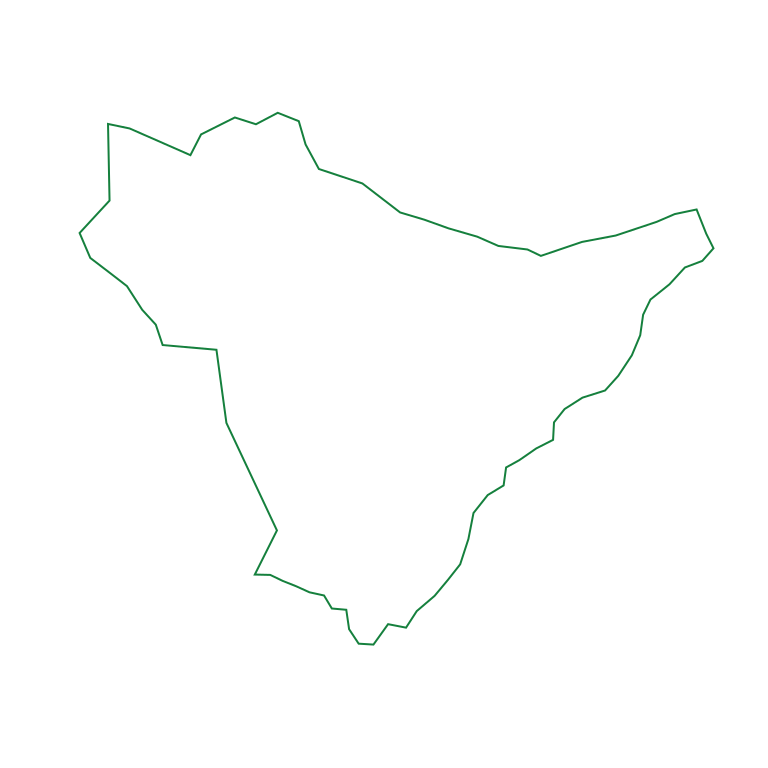 the district of Juripiranga, Paraíba, Brazil, rotated 185°
{"feature_id": "56859067B44866664543789", "entity_name": "Juripiranga", "entity_type": "district", "adm_level": 2, "iso_a3": "BRA", "parent_name": "Brazil", "parent_adm1": "Paraíba", "projection": "robinson", "projection_center": [-35.224, -7.348], "detail": "fine", "context": "isolated", "style": "outline", "palette": "green", "viewbox_px": 768, "rotation_deg": 185, "n_neighbors": 0, "source": "geoboundaries", "source_scale": "gbopen_adm2", "svg_char_len": 1048}
<svg xmlns="http://www.w3.org/2000/svg" viewBox="0 0 768 768"><g transform="rotate(185 384 384)"><path d="M87.8,585.1L109.2,578.6L126.5,569.3L166.1,552.1L199.1,542.8L238.9,525.3L252.8,530.5L282.1,531.5L304.0,538.9L333.4,544.7L358.1,551.2L382.9,556.3L423.0,581.9L467.6,592.5L483.0,615.8L491.8,638.4L513.5,644.9L534.2,631.6L555.8,636.5L588.0,616.7L596.8,595.1L659.7,616.4L681.6,619.0L673.4,542.8L700.4,507.9L687.6,484.0L665.7,470.1L648.6,459.1L631.3,436.8L616.5,423.2L607.9,403.5L553.9,403.5L537.6,331.5L477.9,228.8L496.1,182.9L480.7,183.9L467.7,179.0L453.7,174.8L440.1,170.0L425.3,168.1L416.4,155.8L401.9,155.8L397.4,136.7L386.6,123.1L371.8,123.5L359.0,145.1L340.8,143.2L331.6,160.6L315.1,177.4L303.2,194.5L292.4,211.0L286.4,236.9L283.6,263.3L271.0,282.4L256.0,293.4L255.1,311.5L242.6,319.9L226.7,333.1L210.7,343.1L211.3,360.6L201.9,374.8L185.1,387.7L163.2,396.8L151.3,412.6L139.6,434.2L133.0,454.9L131.9,475.6L125.9,491.4L108.3,508.2L94.4,526.3L77.6,534.4L67.6,547.9L76.1,561.8L87.8,585.1Z" fill="none" stroke="#15803d" stroke-width="2"/></g></svg>